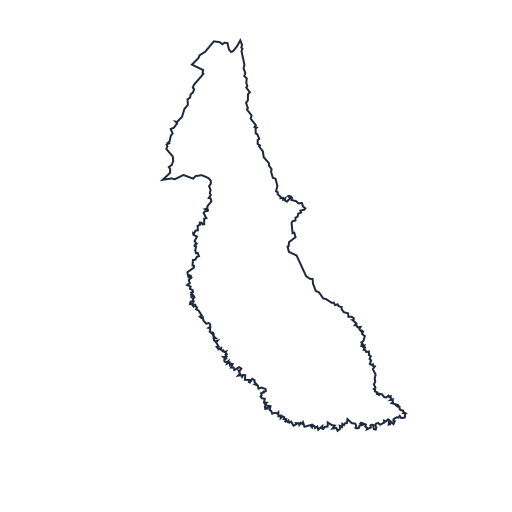 outline of San Martín, Meta, Colombia, rotated 64°
{"feature_id": "7082276B16396199828486", "entity_name": "San Martín", "entity_type": "district", "adm_level": 2, "iso_a3": "COL", "parent_name": "Colombia", "parent_adm1": "Meta", "projection": "orthographic", "projection_center": [-72.942, 3.525], "detail": "fine", "context": "isolated", "style": "outline", "palette": "slate", "viewbox_px": 512, "rotation_deg": 64, "n_neighbors": 0, "source": "geoboundaries", "source_scale": "gbopen_adm2", "svg_char_len": 6126}
<svg xmlns="http://www.w3.org/2000/svg" viewBox="0 0 512 512"><g transform="rotate(64 256 256)"><path d="M63.8,177.3L62.3,177.8L60.1,176.0L55.3,175.6L59.3,181.3L61.9,187.0L61.6,189.0L58.4,189.8L52.2,188.3L50.5,190.7L50.9,193.4L47.9,194.9L44.6,199.8L50.1,212.0L50.9,218.7L52.9,221.1L55.9,229.7L65.7,222.0L68.0,223.8L69.2,223.4L74.9,236.7L76.9,239.0L78.9,238.5L81.4,240.9L82.0,243.8L84.8,245.9L85.1,248.8L90.3,251.0L92.4,255.8L98.5,261.5L100.9,268.3L100.1,269.3L102.2,268.7L104.7,273.6L104.5,277.0L109.4,277.3L110.5,279.8L115.2,283.5L115.6,285.5L116.6,284.9L116.6,287.5L118.6,287.6L120.5,289.7L130.0,287.2L134.3,288.7L137.3,291.9L137.9,295.4L140.3,295.0L143.7,297.0L146.6,306.5L149.3,297.8L151.4,295.4L151.4,285.7L158.9,278.6L157.7,275.2L159.6,269.3L165.1,264.6L168.4,263.6L171.2,264.9L172.7,267.6L176.6,267.8L179.1,269.9L181.5,270.0L183.1,273.0L184.3,271.6L187.3,272.1L189.9,277.8L191.9,278.9L191.6,280.9L193.6,279.0L194.4,279.7L193.4,282.2L194.4,284.3L200.2,284.0L199.7,286.2L204.7,288.6L204.2,290.2L202.1,290.3L201.3,291.9L203.4,292.6L203.3,295.3L207.5,297.0L206.6,299.2L208.4,301.5L207.6,302.3L209.4,303.0L212.7,300.5L215.6,304.6L218.1,304.3L219.0,305.5L219.2,304.6L220.2,306.7L221.4,305.8L224.5,308.3L227.4,308.6L227.8,307.0L231.2,307.4L230.9,309.6L232.7,312.1L232.0,314.5L236.7,317.2L237.5,316.1L239.2,316.8L240.5,324.8L244.4,325.8L244.1,324.2L245.2,323.5L245.6,325.5L246.6,325.5L246.9,322.7L248.1,327.0L251.4,327.4L251.9,330.6L254.8,328.2L256.4,329.8L259.1,327.9L260.8,328.5L260.5,330.3L262.4,330.1L262.3,331.2L264.5,332.0L264.2,329.5L266.2,329.5L266.7,331.6L269.3,331.9L268.3,334.8L270.3,336.4L271.0,333.6L272.4,334.7L274.1,334.2L272.5,331.5L273.9,332.5L276.4,331.6L277.6,333.2L279.7,331.6L285.7,330.8L285.8,333.1L287.9,332.2L287.9,330.7L291.0,331.6L295.0,330.4L295.6,327.8L297.3,327.2L299.6,328.1L299.8,330.1L300.8,328.8L303.9,330.8L305.2,329.6L305.8,330.7L305.7,328.5L306.7,328.2L306.9,329.3L308.4,328.6L309.0,329.5L312.3,328.2L311.4,330.2L313.3,330.7L315.0,330.1L315.3,327.8L316.2,329.7L321.0,329.3L320.6,331.2L323.6,330.4L323.4,327.7L324.9,328.5L327.0,327.6L326.6,326.8L328.4,326.5L328.7,324.9L329.2,325.8L331.4,325.3L331.4,326.6L333.4,326.4L333.0,328.1L334.2,327.9L332.9,329.5L335.2,328.7L335.6,330.2L337.3,330.5L338.7,328.8L338.4,327.3L340.1,329.2L340.0,326.4L342.5,327.2L341.9,325.4L342.9,324.3L345.3,327.4L346.4,325.0L349.0,325.5L348.5,319.9L350.7,318.6L352.1,320.9L351.3,321.9L354.5,321.9L355.7,324.5L356.4,321.8L358.6,321.6L357.2,319.8L358.4,317.9L362.4,320.3L364.5,316.3L365.9,317.3L365.4,318.1L367.0,317.0L364.7,313.2L367.2,311.7L368.6,312.6L371.0,311.9L370.9,313.2L373.3,311.1L376.3,311.9L376.6,308.8L379.7,305.8L381.6,306.2L381.8,308.4L380.5,308.8L382.0,309.1L381.6,311.6L383.8,312.0L384.2,313.5L386.4,313.1L388.2,310.7L391.2,313.1L392.5,310.8L393.2,312.7L394.5,312.1L395.1,314.0L397.5,314.7L398.2,312.5L397.1,312.3L397.5,310.5L396.2,310.5L397.3,308.8L400.5,311.2L402.0,310.2L404.8,310.6L405.3,307.5L406.8,306.0L406.2,304.4L409.9,306.1L410.2,303.7L412.5,304.9L411.7,302.4L413.3,301.3L414.6,302.6L415.8,300.4L418.1,302.9L417.2,300.9L418.9,300.3L418.2,299.0L420.4,299.1L420.2,297.1L425.0,296.6L424.8,293.4L423.7,293.4L425.2,290.7L426.8,291.1L425.8,289.1L424.7,289.2L427.1,288.0L426.1,286.6L430.7,287.3L431.8,281.5L434.8,280.7L433.6,279.4L432.1,280.4L432.1,279.5L435.1,277.8L436.5,278.3L436.2,275.6L439.4,276.2L438.0,271.0L440.0,272.2L441.0,271.4L439.7,269.0L440.7,266.4L437.1,264.5L441.2,262.0L443.0,259.5L444.6,262.9L445.8,259.2L448.9,259.3L448.1,256.0L445.4,255.2L447.4,253.7L444.7,252.0L446.6,251.1L445.4,249.5L446.0,247.6L442.7,245.3L448.2,243.2L450.2,240.3L452.8,240.4L454.0,241.9L455.2,240.9L455.6,238.9L453.9,237.4L454.4,234.6L452.4,235.8L451.9,234.6L455.7,231.1L457.3,232.6L459.3,231.3L460.4,232.4L460.5,228.0L458.4,227.4L458.2,226.3L459.2,224.9L463.3,226.0L464.5,224.5L462.9,223.1L460.0,223.0L459.3,221.3L459.7,219.4L462.0,218.4L462.0,214.1L460.1,213.0L461.7,212.0L460.7,208.9L461.8,208.2L465.7,210.7L466.0,209.1L464.1,207.3L467.4,206.1L465.3,203.7L464.3,204.7L463.0,204.0L462.6,200.3L463.8,198.8L462.7,196.9L465.4,196.5L466.4,193.1L463.2,191.0L462.5,191.7L462.7,190.7L460.9,192.0L459.4,191.6L457.8,193.7L455.3,193.8L454.0,192.5L454.6,193.4L453.1,193.6L453.4,194.7L451.8,195.5L451.4,194.5L447.7,198.6L447.4,197.1L445.3,196.2L444.5,198.0L444.3,196.6L443.7,197.6L441.1,196.4L441.1,198.1L439.6,198.1L440.2,201.1L439.0,202.6L435.4,203.5L433.7,205.8L434.7,206.3L433.0,207.9L431.7,206.8L429.8,208.5L428.6,207.6L427.2,208.4L426.7,206.4L423.0,206.3L421.1,203.8L418.2,203.1L415.1,200.5L408.8,200.5L407.3,197.6L405.9,199.0L404.6,198.5L404.8,199.7L402.8,201.0L400.3,198.3L398.4,199.1L396.4,196.8L394.6,197.9L391.3,196.4L390.7,199.0L388.5,199.1L387.5,200.3L385.4,197.3L386.0,199.0L384.6,199.6L383.8,198.1L383.1,200.7L381.5,199.5L381.9,198.7L379.8,199.1L379.3,196.5L375.7,193.3L372.5,194.8L370.9,192.9L369.6,193.5L370.2,194.4L366.9,195.2L365.6,193.2L364.5,196.1L362.3,196.0L361.6,197.4L360.7,195.3L356.0,197.3L356.4,196.4L354.9,195.4L352.5,196.7L351.2,199.6L347.9,198.4L345.0,201.7L341.5,202.4L339.4,201.4L337.4,203.7L335.2,203.8L334.9,206.4L331.9,206.6L331.4,208.4L325.3,212.0L323.6,214.2L316.3,215.3L313.6,217.6L305.9,216.9L301.6,215.2L299.9,217.7L296.0,219.8L273.3,219.3L266.7,224.6L261.4,223.5L261.5,222.4L258.0,220.2L256.4,212.2L251.8,211.4L251.5,213.1L242.0,209.6L240.8,208.1L241.4,205.0L238.9,203.7L238.7,201.2L236.5,199.6L236.7,196.4L234.6,196.2L235.6,192.3L234.8,190.8L232.1,192.0L228.5,191.5L227.4,194.7L224.3,195.9L221.3,199.5L219.5,198.1L217.8,198.5L215.6,201.2L219.0,199.7L220.7,204.4L218.3,205.8L216.9,204.4L217.2,206.9L215.5,206.3L214.8,208.7L213.4,208.0L209.9,209.5L208.3,208.5L206.6,209.6L202.5,206.1L195.1,204.6L193.1,206.6L186.8,205.5L184.8,203.9L180.5,204.7L178.2,203.7L170.6,205.8L165.2,204.0L158.8,205.1L158.3,204.0L156.0,205.4L152.6,203.7L152.1,201.7L146.9,201.5L145.7,202.5L141.2,200.5L140.9,199.1L139.4,200.7L138.4,198.8L130.3,200.6L127.8,198.4L120.4,199.9L119.5,198.5L113.9,197.8L112.6,195.1L107.1,192.3L106.2,189.8L100.3,190.9L99.6,189.4L96.0,188.8L92.4,186.5L89.1,187.6L86.9,185.4L81.8,184.9L79.1,182.6L65.5,179.2L63.8,177.3Z" fill="none" stroke="#1e293b" stroke-width="2"/></g></svg>